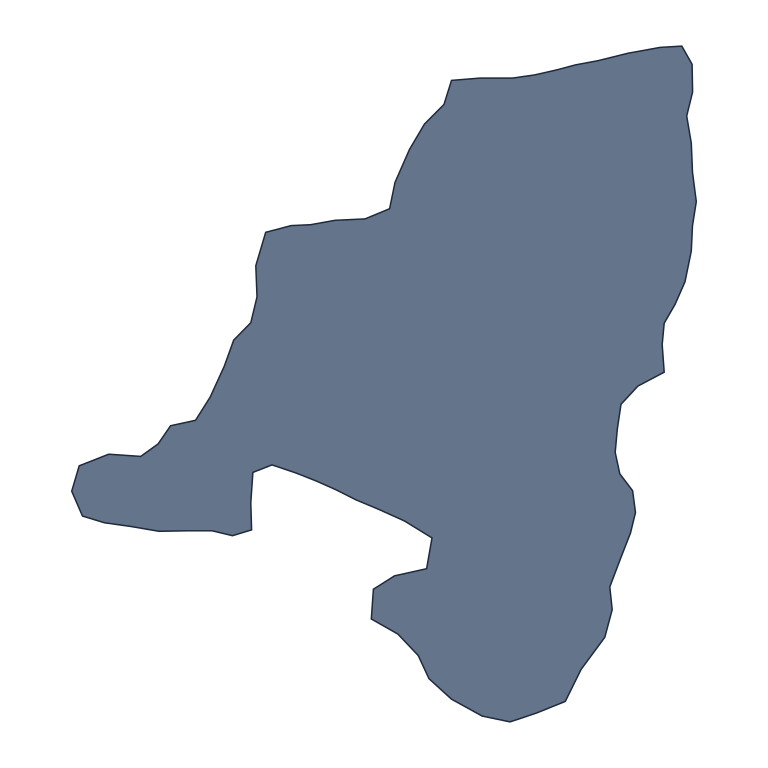 the district of Ribeirão Vermelho, Minas Gerais, Brazil
{"feature_id": "56859067B66490623340550", "entity_name": "Ribeirão Vermelho", "entity_type": "district", "adm_level": 2, "iso_a3": "BRA", "parent_name": "Brazil", "parent_adm1": "Minas Gerais", "projection": "orthographic", "projection_center": [-45.077, -21.15], "detail": "fine", "context": "isolated", "style": "filled", "palette": "slate", "viewbox_px": 768, "rotation_deg": 0, "n_neighbors": 0, "source": "geoboundaries", "source_scale": "gbopen_adm2", "svg_char_len": 1197}
<svg xmlns="http://www.w3.org/2000/svg" viewBox="0 0 768 768"><path d="M662.2,344.6L664.2,323.2L675.0,304.5L685.0,281.8L691.3,251.0L692.5,225.6L696.3,201.6L692.5,172.2L691.3,143.2L686.7,116.0L692.6,92.0L692.1,64.3L681.8,46.1L660.1,47.4L628.1,53.2L597.4,60.8L575.8,64.8L555.8,70.1L534.2,75.0L512.2,78.1L479.7,78.1L451.5,80.4L444.0,104.4L424.5,124.0L409.5,149.4L395.0,182.4L389.6,208.7L365.0,218.9L335.1,220.3L310.6,224.7L291.1,225.6L265.7,232.3L255.8,265.7L257.0,296.9L250.8,322.7L233.7,340.1L224.2,366.4L210.1,397.2L195.5,420.3L170.6,425.7L158.1,443.9L140.7,456.4L108.7,454.2L79.2,465.8L71.7,491.2L82.5,516.1L104.6,522.8L130.3,526.4L159.0,531.3L186.8,530.8L212.2,530.8L232.5,535.7L251.6,529.9L250.8,502.7L252.9,472.4L272.0,464.9L295.7,472.9L316.0,480.9L336.0,489.8L356.3,500.0L378.8,509.4L404.5,521.0L432.0,537.9L426.6,568.7L394.6,575.8L373.4,589.2L371.3,619.0L397.9,634.1L418.2,655.5L429.0,678.7L451.5,699.2L482.2,716.1L510.0,721.9L536.6,713.0L565.3,701.4L581.1,669.4L604.8,637.3L612.2,609.7L609.8,586.9L620.6,558.4L630.5,533.0L635.5,512.5L632.6,490.7L619.8,473.8L615.2,452.4L617.3,429.2L621.0,404.3L638.0,386.0L664.2,372.2L662.2,344.6Z" fill="#64748b" stroke="#1e293b" stroke-width="1.5"/></svg>